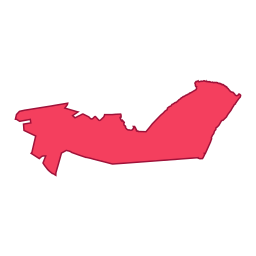 Mihai Viteazu, Constanta, Romania
{"feature_id": "2599482B93855145128935", "entity_name": "Mihai Viteazu", "entity_type": "district", "adm_level": 2, "iso_a3": "ROU", "parent_name": "Romania", "parent_adm1": "Constanta", "projection": "orthographic", "projection_center": [28.817, 44.637], "detail": "fine", "context": "isolated", "style": "filled", "palette": "rose", "viewbox_px": 256, "rotation_deg": 0, "n_neighbors": 0, "source": "geoboundaries", "source_scale": "gbopen_adm2", "svg_char_len": 5434}
<svg xmlns="http://www.w3.org/2000/svg" viewBox="0 0 256 256"><path d="M202.5,158.6L203.5,156.9L204.6,154.6L204.4,154.1L204.3,153.3L204.6,153.3L204.7,153.9L204.8,154.0L205.2,153.7L207.1,149.5L208.0,147.5L210.6,141.7L210.8,140.8L211.2,139.9L211.5,139.1L211.6,138.4L211.3,137.8L212.5,135.2L213.7,133.6L214.3,131.6L214.9,130.4L215.5,130.0L215.9,129.2L215.9,128.6L215.9,128.1L216.2,127.5L217.0,127.2L218.8,125.4L221.4,120.9L222.3,120.3L223.0,120.3L226.5,116.9L227.2,115.5L228.3,113.8L230.9,110.4L232.4,107.7L233.7,105.7L234.2,104.7L235.4,103.9L235.4,103.5L235.8,102.8L236.2,102.5L236.3,102.1L238.9,98.5L240.2,97.1L240.6,95.8L240.6,95.2L239.9,94.5L239.6,94.2L238.9,94.0L238.5,94.5L238.4,94.9L238.1,95.0L237.6,95.4L236.8,95.7L236.6,95.7L235.4,95.2L234.8,94.4L234.5,93.8L234.0,93.6L233.8,93.3L233.8,93.1L233.4,92.8L233.3,92.7L233.0,92.3L232.4,92.2L232.2,92.3L231.7,92.0L231.4,91.9L231.1,91.9L230.5,91.4L230.1,91.1L229.9,90.7L229.0,89.8L228.8,89.6L228.6,89.4L228.3,88.8L228.0,88.5L227.7,88.3L227.5,88.2L227.2,87.9L227.0,87.7L227.0,87.3L226.8,87.1L226.5,86.8L226.3,86.8L226.1,86.9L225.9,86.8L225.7,86.3L225.6,86.2L225.3,86.1L224.8,86.1L224.7,86.0L224.7,85.8L224.6,85.7L224.2,85.5L224.1,85.3L223.8,85.1L223.6,85.0L223.4,85.0L223.2,84.9L223.2,84.6L222.9,84.5L222.6,84.8L222.2,84.8L222.2,84.7L221.8,84.3L221.5,84.1L221.3,84.1L221.2,84.0L221.1,83.9L220.6,83.9L220.4,83.6L220.1,83.4L219.9,83.4L219.7,83.6L219.2,83.3L218.8,83.5L218.6,83.4L218.3,83.3L218.0,83.1L217.6,82.7L217.2,82.9L216.7,82.5L215.8,82.5L215.6,82.5L215.4,82.6L215.2,82.5L214.8,82.5L214.6,82.4L214.4,82.4L214.3,82.5L214.0,82.7L213.8,82.6L213.5,82.6L213.3,82.6L213.2,82.4L212.8,82.2L212.7,82.1L212.3,82.3L212.0,82.4L211.4,82.3L210.6,82.2L210.2,82.2L210.1,81.9L210.0,81.7L209.2,81.6L208.8,81.8L208.6,81.7L208.4,81.8L207.8,81.6L207.4,81.7L207.2,81.5L206.7,81.6L206.4,81.5L206.3,81.4L206.2,81.2L206.1,81.4L205.8,81.4L205.0,81.3L204.8,81.2L204.7,81.0L204.3,80.8L204.0,80.7L203.8,80.8L203.3,81.1L202.0,81.4L201.7,81.4L201.4,81.2L201.2,81.1L200.8,81.3L199.4,81.7L198.7,81.7L198.1,80.8L197.5,81.3L197.3,81.4L196.9,81.3L196.4,81.8L196.0,81.6L195.3,82.4L194.9,83.2L195.3,84.2L195.4,85.4L195.6,86.2L196.6,86.7L196.4,87.1L196.4,87.5L196.5,87.9L196.6,88.3L196.5,88.6L196.4,89.0L196.2,89.2L196.1,89.6L194.8,90.4L194.2,90.7L194.0,90.9L193.5,91.1L192.8,91.6L192.0,92.0L191.6,92.3L190.0,93.2L189.9,93.0L189.5,93.2L189.5,93.4L188.9,93.9L188.4,94.0L188.0,94.3L187.5,94.6L187.4,94.5L187.0,94.7L187.0,94.9L186.7,95.1L186.4,95.2L186.1,95.2L185.6,95.3L185.3,95.6L185.1,95.8L184.4,96.2L184.3,96.4L184.1,96.5L183.8,96.4L183.3,96.5L182.9,97.0L182.6,97.0L182.4,97.3L182.2,97.5L181.4,97.8L180.8,98.3L180.8,98.6L180.6,98.8L180.4,98.8L179.9,99.2L178.9,99.8L178.7,100.0L177.9,101.0L177.5,101.1L177.1,101.5L176.5,102.4L176.2,102.5L175.6,102.5L175.4,102.4L174.5,103.0L174.2,103.4L173.5,103.6L173.3,103.9L172.2,104.4L171.9,104.5L171.8,104.8L171.0,105.9L170.5,106.2L169.8,106.4L168.8,107.0L167.8,107.8L167.4,108.2L167.4,108.9L167.2,109.7L166.4,110.1L166.0,110.5L165.0,111.1L163.4,112.9L160.7,115.2L152.3,123.9L150.2,126.6L146.0,131.7L138.4,131.5L138.3,131.4L138.0,131.3L137.8,130.9L137.6,130.9L137.2,131.2L136.5,130.9L136.4,130.6L136.3,130.3L136.3,130.1L136.4,129.7L136.0,129.3L136.0,129.1L135.9,128.9L135.8,128.6L135.5,128.0L135.4,127.7L134.9,127.5L134.8,127.3L134.9,127.0L134.6,126.5L133.4,126.5L133.7,127.0L133.6,127.3L133.5,127.6L133.6,128.1L133.5,128.6L132.8,129.0L132.7,129.3L132.5,129.5L132.0,130.0L131.4,130.2L130.0,130.2L129.3,129.9L128.8,129.9L128.5,130.0L128.3,130.0L127.3,129.5L126.7,129.1L126.2,128.4L125.8,128.0L125.5,127.3L125.6,126.9L125.4,126.5L125.5,126.3L125.4,126.1L124.5,125.5L124.1,125.1L124.0,124.7L123.9,124.1L123.9,123.8L123.8,123.2L124.3,122.6L124.3,122.4L124.2,122.2L123.7,121.8L123.2,121.3L123.0,120.9L122.7,120.7L122.2,120.1L121.7,120.5L121.7,120.8L121.5,120.6L121.5,120.2L121.1,119.9L120.8,119.7L120.7,119.3L120.5,118.9L120.4,118.6L120.3,118.3L120.2,117.8L120.1,117.4L120.3,117.2L120.5,117.2L120.6,117.5L120.9,117.5L121.0,117.3L121.0,116.9L121.1,116.6L121.1,115.9L120.9,114.6L120.8,114.3L120.7,114.1L115.6,114.3L112.1,114.6L104.6,114.6L104.5,115.2L104.2,116.0L103.9,116.7L103.6,117.1L100.4,120.2L100.1,120.3L99.8,120.4L99.3,120.4L99.0,120.3L98.8,120.2L96.4,117.6L95.5,116.6L95.1,116.5L94.9,116.6L94.5,116.8L92.8,118.5L92.3,118.8L92.0,118.9L91.5,118.9L91.1,118.9L90.7,118.7L90.4,118.5L88.8,116.9L83.4,114.2L82.9,114.0L82.6,114.1L81.8,114.4L80.0,115.4L78.6,116.0L76.7,117.0L75.0,117.8L74.4,117.3L74.2,116.9L73.5,116.6L73.3,116.3L72.6,115.6L78.0,111.9L76.4,111.5L64.8,108.1L67.3,104.7L67.5,104.2L67.7,103.2L54.5,105.4L51.2,106.0L40.4,107.7L28.6,109.6L24.7,110.2L19.6,111.3L19.4,111.4L16.5,114.5L15.4,119.2L16.5,119.3L19.7,121.3L30.3,119.4L30.8,122.9L23.5,124.1L24.0,130.4L35.7,136.0L31.9,152.4L31.1,153.3L39.3,158.6L41.4,156.7L41.8,156.4L42.3,156.2L43.0,156.0L43.9,155.9L45.7,156.0L43.0,163.0L44.2,164.9L44.9,165.9L47.1,168.7L47.5,169.3L47.9,169.6L48.3,170.2L48.7,170.5L49.0,170.8L50.4,172.0L50.7,172.2L51.2,172.6L52.2,173.4L52.7,173.6L53.2,173.7L53.8,174.0L55.1,174.9L55.8,175.3L55.8,175.2L55.8,174.8L55.9,172.7L56.1,172.1L56.7,169.9L58.1,165.1L61.4,153.3L61.4,153.1L65.6,150.8L66.2,150.4L69.3,151.1L69.6,151.3L70.4,151.5L71.6,152.4L78.8,155.0L85.6,157.3L85.8,157.4L86.3,157.4L87.0,157.5L90.6,158.3L93.7,159.2L105.2,162.1L110.5,163.5L112.0,163.9L112.6,164.0L124.2,163.2L197.7,157.7L197.6,157.9L199.8,158.7L200.5,158.7L202.5,158.6Z" fill="#f43f5e" stroke="#9f1239" stroke-width="1.5"/></svg>